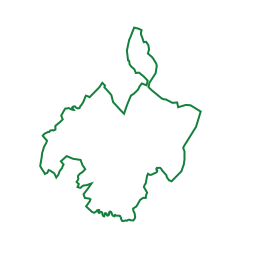 outline of Gaya, Kano, Nigeria, rotated 302°
{"feature_id": "59680162B19536521240899", "entity_name": "Gaya", "entity_type": "district", "adm_level": 2, "iso_a3": "NGA", "parent_name": "Nigeria", "parent_adm1": "Kano", "projection": "albers", "projection_center": [8.975, 11.819], "detail": "fine", "context": "isolated", "style": "outline", "palette": "green", "viewbox_px": 256, "rotation_deg": 302, "n_neighbors": 0, "source": "geoboundaries", "source_scale": "gbopen_adm2", "svg_char_len": 4209}
<svg xmlns="http://www.w3.org/2000/svg" viewBox="0 0 256 256"><g transform="rotate(302 128 128)"><path d="M49.2,73.7L48.0,75.8L45.5,81.2L45.0,81.9L47.2,83.3L50.3,83.0L50.6,84.6L50.5,89.5L48.0,93.4L51.5,93.7L55.6,92.8L57.1,93.1L58.8,93.3L60.6,92.9L62.2,92.7L62.9,92.7L64.2,88.7L70.6,90.6L71.7,90.9L72.7,97.5L75.8,104.7L72.5,108.9L70.4,113.6L66.6,112.8L64.0,111.5L61.2,111.0L59.8,111.6L58.7,112.8L57.4,113.0L55.0,113.0L54.4,116.0L51.2,116.5L51.9,119.2L52.2,119.5L53.8,119.9L54.9,120.3L55.8,120.9L57.4,123.0L61.6,126.4L56.2,126.2L48.3,125.4L47.6,126.2L47.2,126.8L46.5,127.6L45.8,128.5L47.5,132.3L47.7,133.7L47.6,134.0L46.4,134.2L45.8,134.4L39.3,134.0L37.8,141.8L38.1,144.1L38.4,144.4L38.9,144.6L39.3,144.8L39.6,144.9L39.9,145.0L40.2,145.1L40.5,145.3L40.8,145.5L41.2,145.5L41.7,145.4L42.1,145.7L42.7,146.3L42.8,146.5L43.0,146.6L43.2,146.8L43.2,147.0L42.8,147.2L42.5,147.2L42.2,147.3L41.9,147.4L41.7,147.5L41.4,147.5L41.1,147.6L40.9,147.6L40.7,147.7L40.6,147.9L40.5,148.2L40.6,148.5L40.9,148.6L41.0,148.7L41.3,149.0L41.5,149.1L42.0,149.2L42.2,149.3L42.4,149.3L42.6,149.5L42.7,149.9L42.7,150.3L42.6,150.9L42.3,151.2L41.9,151.6L41.4,151.8L41.2,152.1L41.0,152.4L40.5,153.1L40.3,153.5L40.3,153.9L40.4,154.2L40.3,154.4L40.3,154.6L40.6,154.7L41.1,154.4L41.5,154.2L41.9,154.2L42.5,154.3L42.8,154.3L42.9,154.1L43.0,153.8L43.2,153.6L43.4,153.6L43.6,153.7L43.8,153.9L43.9,154.2L44.0,154.5L44.0,154.9L44.0,155.3L43.7,155.7L43.4,156.0L43.1,156.2L43.1,156.5L42.9,156.7L42.9,156.9L42.9,157.2L43.2,157.2L43.4,157.3L43.8,157.6L44.1,157.8L44.5,157.8L45.0,157.7L45.3,157.6L45.6,157.5L45.7,157.4L45.7,157.1L45.9,157.0L46.0,157.1L46.1,157.3L46.4,157.3L46.6,157.3L46.8,157.1L47.0,156.8L47.3,156.8L47.6,157.0L47.8,157.4L47.8,158.4L47.6,158.8L47.1,159.3L46.5,159.9L46.1,160.6L45.7,161.1L45.6,161.4L45.7,161.9L45.8,162.4L45.8,163.0L46.0,163.0L46.3,162.9L46.8,162.9L47.3,162.9L47.5,163.2L47.4,163.7L47.1,163.9L49.0,167.0L48.9,167.5L49.1,167.9L48.8,168.2L48.5,168.8L48.3,169.3L48.1,169.8L47.5,170.1L47.2,170.5L46.7,171.0L46.5,171.8L46.2,172.1L46.2,172.6L46.4,173.1L46.8,173.6L47.3,174.0L47.8,174.4L48.3,174.9L48.4,175.2L48.7,176.0L48.9,176.3L49.4,176.4L50.1,176.8L50.8,177.5L51.1,178.0L51.1,178.7L51.1,179.1L51.5,179.8L52.2,180.9L52.5,181.6L55.8,181.6L59.1,178.9L60.4,176.7L62.3,175.0L66.1,176.7L73.6,176.4L76.8,177.9L78.1,180.1L80.6,178.9L83.3,178.5L84.7,176.0L86.4,172.7L88.5,172.3L90.7,172.3L96.1,170.1L97.7,169.5L99.8,169.2L99.7,171.0L100.6,172.5L103.4,174.3L104.7,175.2L105.7,175.8L106.3,175.7L107.4,175.3L107.4,174.8L107.8,174.7L108.1,174.4L108.2,174.0L108.3,173.7L109.4,173.6L110.9,175.8L111.2,176.2L111.1,176.9L110.9,178.0L110.1,179.4L108.3,185.6L108.0,185.9L107.6,186.2L107.6,186.3L107.3,186.6L106.8,187.2L106.6,187.6L106.3,188.2L106.0,189.2L105.7,189.8L105.4,190.5L105.6,190.8L105.6,191.0L105.9,193.2L119.6,196.2L126.8,194.6L131.6,192.4L134.5,190.5L137.9,188.5L140.3,185.4L142.2,185.1L165.0,185.1L180.5,180.9L180.4,169.0L178.2,164.8L172.2,159.5L175.7,156.2L172.9,152.4L172.3,145.0L171.6,143.8L170.9,141.3L172.6,128.1L173.5,123.8L177.8,122.2L189.1,122.4L195.9,119.5L197.5,117.9L200.4,112.2L200.9,110.6L201.7,105.4L205.8,104.2L209.0,101.4L210.7,97.7L209.1,95.9L213.1,91.1L214.1,89.5L216.2,88.3L218.2,87.6L217.8,84.2L216.4,80.0L205.8,82.0L205.1,82.1L203.7,82.2L193.1,86.0L185.4,92.2L185.6,93.3L182.9,95.6L181.8,98.1L181.2,102.2L181.0,102.5L178.8,105.5L180.8,108.0L180.0,114.2L178.6,119.6L174.0,121.1L173.1,116.1L169.4,115.8L165.9,116.2L163.8,115.7L162.2,115.3L159.9,114.7L157.1,113.3L148.6,114.7L145.6,115.3L138.0,117.1L138.3,115.7L139.2,112.1L142.1,101.6L147.1,96.4L148.3,92.6L149.1,89.8L150.0,86.4L151.8,86.0L152.7,82.3L147.2,82.1L133.8,79.1L133.8,78.6L133.6,78.2L133.7,77.5L133.1,75.2L131.8,75.3L126.5,76.3L125.0,76.3L122.9,76.3L122.2,76.1L121.3,76.0L119.4,76.3L119.0,76.2L118.6,75.7L118.1,75.2L118.0,74.5L117.7,73.2L118.2,71.6L117.6,70.6L116.7,70.0L115.8,69.8L114.9,71.7L114.6,72.4L114.3,71.8L113.9,70.6L113.4,66.9L112.6,66.3L111.2,64.5L108.8,64.5L103.1,64.8L100.7,68.1L97.8,67.4L91.3,65.3L88.2,67.3L88.0,67.2L86.2,65.9L86.1,65.0L84.7,63.4L82.9,63.3L82.3,62.3L78.8,60.2L76.2,59.8L74.7,64.7L74.4,66.0L73.1,66.3L72.5,66.5L71.7,66.6L67.7,66.7L61.2,68.5L57.9,70.1L49.2,73.7Z" fill="none" stroke="#15803d" stroke-width="2"/></g></svg>